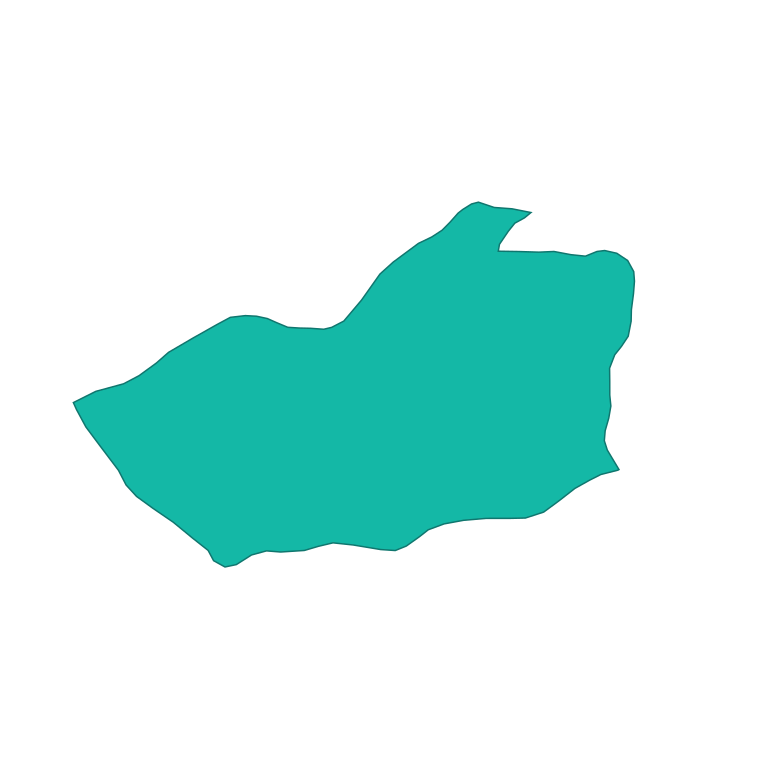 the district of Ogoouè-Lètili, Haut-Ogooué, Gabon, rotated 36°
{"feature_id": "22940354B99015789882932", "entity_name": "Ogoouè-Lètili", "entity_type": "district", "adm_level": 2, "iso_a3": "GAB", "parent_name": "Gabon", "parent_adm1": "Haut-Ogooué", "projection": "albers", "projection_center": [13.529, -2.199], "detail": "fine", "context": "isolated", "style": "filled", "palette": "teal", "viewbox_px": 768, "rotation_deg": 36, "n_neighbors": 0, "source": "geoboundaries", "source_scale": "gbopen_adm2", "svg_char_len": 1430}
<svg xmlns="http://www.w3.org/2000/svg" viewBox="0 0 768 768"><g transform="rotate(36 384 384)"><path d="M143.6,581.6L150.2,585.4L168.1,594.0L190.7,601.0L219.9,609.9L234.7,617.3L249.9,620.4L270.2,620.4L294.7,619.7L319.6,621.2L339.5,622.0L350.0,627.1L362.9,625.5L370.7,616.9L377.3,600.2L387.0,588.1L399.1,580.7L417.4,565.5L426.4,553.8L436.1,542.5L453.6,532.4L470.0,524.2L478.6,519.9L491.0,512.1L497.3,502.0L502.4,486.8L505.5,475.9L514.8,461.9L528.5,447.5L545.6,432.7L565.5,418.2L577.2,409.3L588.5,393.7L594.3,375.4L599.8,356.3L606.8,341.1L612.6,329.8L623.9,316.2L624.4,315.1L603.5,306.2L595.6,300.4L590.4,291.8L585.9,279.5L580.5,268.5L573.2,260.3L565.4,249.6L557.2,238.6L553.5,224.7L554.0,214.1L553.5,201.8L547.0,187.9L540.5,178.5L532.7,164.2L526.2,153.6L520.0,146.3L508.6,140.9L495.5,141.4L484.1,146.3L478.4,151.6L471.8,162.2L459.2,169.5L443.6,176.9L431.8,186.3L415.2,197.6L398.4,209.4L395.3,203.1L394.8,187.4L395.3,177.0L400.0,167.0L402.1,158.9L384.6,167.0L376.5,172.0L369.4,176.4L360.8,179.1L353.5,181.4L349.0,186.9L345.1,196.6L343.5,202.2L342.3,214.5L340.6,225.5L336.2,237.0L329.2,250.0L324.3,265.6L319.8,279.9L316.1,297.4L316.5,329.3L314.5,356.7L308.4,368.9L303.1,375.1L292.0,382.0L282.6,388.5L272.8,394.7L261.0,397.5L251.2,399.6L241.0,404.1L231.6,410.2L220.5,420.4L214.0,433.9L202.6,458.8L191.1,485.0L187.5,500.9L180.9,521.3L173.2,536.9L155.2,559.3L143.6,581.6Z" fill="#14b8a6" stroke="#0f766e" stroke-width="1.5"/></g></svg>